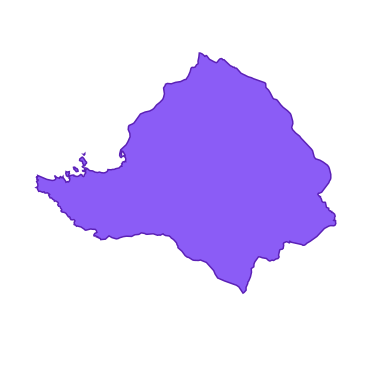 outline of Polewali Mandar, Sulawesi Barat, Indonesia, rotated 147°
{"feature_id": "22746128B50766380968306", "entity_name": "Polewali Mandar", "entity_type": "district", "adm_level": 2, "iso_a3": "IDN", "parent_name": "Indonesia", "parent_adm1": "Sulawesi Barat", "projection": "robinson", "projection_center": [119.26, -3.303], "detail": "fine", "context": "isolated", "style": "filled", "palette": "violet", "viewbox_px": 384, "rotation_deg": 147, "n_neighbors": 0, "source": "geoboundaries", "source_scale": "gbopen_adm2", "svg_char_len": 5994}
<svg xmlns="http://www.w3.org/2000/svg" viewBox="0 0 384 384"><g transform="rotate(147 192 192)"><path d="M110.2,304.6L112.6,301.6L115.7,298.5L116.7,296.6L117.4,296.2L118.9,296.2L121.2,295.1L122.9,295.6L124.0,296.5L124.8,296.5L125.7,296.1L127.9,294.0L131.8,291.4L135.7,289.7L137.1,290.3L141.4,290.8L146.3,293.0L150.4,294.0L153.6,296.5L155.6,296.8L156.1,296.1L159.2,294.7L161.7,289.3L164.4,286.8L166.2,285.6L170.1,284.7L174.3,284.3L178.6,282.8L180.6,282.7L183.5,283.0L187.8,284.6L192.8,285.5L203.0,281.5L204.8,281.5L208.5,282.1L209.6,281.5L211.5,279.1L212.2,275.0L213.9,272.0L218.5,269.0L221.5,267.5L228.8,266.2L231.6,263.6L232.7,262.2L233.0,260.5L232.7,259.5L231.3,259.7L230.4,262.9L229.6,263.1L228.6,264.5L227.8,263.6L228.0,259.7L228.5,258.9L228.3,258.2L229.4,259.6L229.9,259.4L229.1,257.6L229.3,256.3L230.1,254.9L230.9,254.4L231.0,254.0L231.2,254.3L232.0,253.9L232.1,254.3L232.7,254.6L234.1,254.8L235.0,253.9L235.5,253.9L235.4,253.5L235.9,253.0L237.1,252.5L236.8,252.2L236.9,251.8L237.9,252.4L240.2,251.9L243.2,253.1L244.8,253.3L246.5,254.3L247.8,254.7L250.3,256.6L250.7,256.0L252.1,255.4L254.1,255.5L255.7,256.1L257.4,257.5L258.7,259.1L260.7,259.8L262.6,261.6L263.8,263.8L266.2,265.7L267.0,268.7L268.1,270.1L268.7,270.5L269.2,270.6L269.8,269.8L269.7,269.2L270.0,269.1L269.4,268.7L269.9,268.7L269.4,268.4L269.8,268.3L269.5,268.0L269.7,267.7L270.6,268.0L270.2,268.2L270.4,268.5L271.0,268.2L272.1,269.5L272.3,269.1L271.1,267.9L270.4,266.5L270.7,265.9L272.9,265.1L273.7,264.2L274.5,264.0L275.2,264.9L275.0,266.3L275.6,267.3L278.6,267.1L279.5,267.4L280.9,268.3L280.9,268.7L282.2,269.7L281.8,270.3L282.3,270.9L285.3,272.2L285.9,271.8L286.3,271.8L286.6,271.1L287.6,270.8L287.4,269.9L286.7,269.8L287.1,269.7L288.7,268.1L290.0,267.7L290.5,267.9L290.7,268.5L292.4,268.8L292.1,269.9L292.2,274.4L291.8,275.2L293.1,274.6L293.8,275.4L293.6,276.0L293.8,276.5L295.0,276.4L295.7,275.7L297.5,277.9L298.3,280.7L298.7,278.2L298.5,277.9L299.5,277.0L301.1,276.9L303.0,277.8L306.9,281.7L312.4,289.9L312.8,289.1L314.0,289.4L314.4,289.1L314.0,288.4L314.1,288.0L314.9,287.7L315.2,287.0L314.4,285.9L315.2,285.3L316.0,285.7L316.6,285.5L316.9,282.9L317.9,281.1L318.6,280.6L320.3,280.6L319.4,279.5L320.0,278.4L320.2,276.0L319.0,275.4L317.5,273.2L316.0,272.8L316.2,271.7L315.2,270.7L313.6,270.0L313.4,269.7L313.4,268.6L312.8,268.1L312.7,267.5L313.9,267.2L314.2,264.3L313.3,263.8L313.0,263.4L312.8,261.9L312.1,260.5L312.4,259.2L311.7,259.1L311.1,258.5L310.1,256.5L310.2,255.3L311.5,254.5L311.6,254.0L311.6,252.7L310.7,251.9L310.6,251.3L311.0,250.1L310.8,248.9L311.0,247.9L312.2,247.5L312.0,246.1L310.1,244.3L309.3,242.7L309.2,238.7L309.0,238.2L308.4,238.1L308.2,237.8L308.2,236.7L308.7,236.2L308.5,235.6L308.6,234.7L307.5,233.8L306.1,233.2L305.8,232.2L305.9,231.5L307.3,230.8L307.6,229.8L308.5,229.2L308.5,228.6L307.8,227.9L307.5,226.2L306.9,226.1L304.1,223.1L302.7,219.7L302.5,218.6L301.9,217.8L296.9,216.1L296.0,215.1L293.5,213.4L293.2,211.8L293.8,209.9L296.1,210.2L297.7,209.4L298.1,208.7L297.8,208.2L296.9,208.0L296.5,207.1L296.7,206.5L296.1,205.9L295.7,206.0L295.4,205.4L295.7,205.1L294.2,202.8L294.5,201.8L290.3,199.6L285.5,200.4L284.0,197.4L281.0,193.9L279.4,193.2L277.5,193.0L273.8,191.9L271.0,190.6L266.8,187.6L263.3,187.3L259.7,185.4L256.7,185.3L254.1,182.8L253.8,182.0L252.9,181.1L247.3,178.1L244.5,174.5L242.8,173.8L242.3,173.1L239.1,172.7L238.9,171.7L237.9,169.9L235.1,167.6L234.6,166.3L234.4,164.4L233.9,163.6L233.2,161.3L232.7,157.8L233.3,155.8L233.2,154.5L234.1,152.9L232.7,147.8L232.4,142.4L231.5,140.0L230.4,138.9L228.5,134.7L227.5,133.6L223.8,131.0L222.0,130.4L218.3,125.1L216.6,114.3L217.3,110.4L217.3,105.9L213.1,99.6L205.5,89.6L204.4,86.9L204.3,79.4L203.0,79.4L200.1,80.2L198.6,82.6L195.3,84.7L194.2,86.0L192.7,86.6L189.2,89.0L185.8,92.3L184.0,95.5L180.9,95.6L179.2,97.9L177.3,99.2L171.6,101.4L170.4,100.6L168.9,98.6L165.8,95.7L165.3,93.5L164.6,92.0L164.0,91.6L162.8,91.5L161.8,91.1L160.8,90.1L158.2,90.1L156.2,89.4L154.8,89.8L154.3,90.2L153.8,91.9L150.0,95.6L149.0,95.6L147.6,94.9L146.2,95.1L144.1,97.4L143.6,98.8L142.8,99.3L140.0,99.0L138.7,97.5L138.2,96.4L137.9,96.3L136.9,97.4L136.3,96.7L136.3,96.0L128.6,88.2L128.0,86.9L127.0,86.3L125.5,86.1L123.6,86.5L119.9,86.3L111.5,86.7L100.8,89.3L95.9,88.9L94.0,88.3L91.4,86.4L90.0,86.3L88.5,87.3L88.0,88.6L87.2,89.7L87.5,90.3L88.4,90.6L88.6,91.1L87.3,91.3L86.3,93.0L85.1,93.7L84.5,95.8L85.2,98.3L85.9,98.8L85.5,99.6L86.2,100.1L86.3,101.0L86.8,101.3L87.0,102.8L86.2,103.9L87.6,105.9L85.8,110.6L86.0,111.0L87.6,111.9L88.0,112.9L88.0,113.8L87.4,115.4L87.2,117.5L86.8,118.2L87.6,118.6L87.4,119.4L87.7,119.8L87.7,121.6L86.6,122.1L85.8,121.6L83.4,121.2L72.3,125.2L70.2,126.7L69.3,126.9L68.0,128.1L66.0,131.2L64.1,136.7L63.7,138.6L63.8,140.7L65.7,145.7L67.4,149.0L70.3,152.6L70.4,154.9L68.4,161.0L68.5,163.1L71.2,177.7L71.3,180.1L73.0,185.2L73.7,189.5L73.2,191.9L70.2,194.4L69.0,196.5L67.1,202.4L66.8,204.2L67.6,208.0L69.5,213.5L70.1,216.9L70.5,222.5L70.9,223.5L72.9,225.7L73.0,227.0L72.4,232.5L72.3,235.8L73.1,239.4L71.2,242.7L71.4,244.0L78.7,253.5L79.9,255.5L82.1,258.0L86.2,264.9L87.2,271.5L88.5,272.7L88.6,273.7L89.7,274.4L90.1,275.6L91.1,277.1L93.1,285.5L94.2,286.2L94.2,287.2L94.8,288.0L96.2,288.4L98.0,288.0L99.8,287.2L101.2,287.2L102.3,288.7L105.1,293.8L105.5,298.4L105.9,298.8L107.2,298.6L107.5,298.9L107.4,299.3L108.2,302.1L109.3,303.9L110.2,304.6ZM267.9,272.5L266.9,272.8L266.4,273.4L264.9,273.5L264.2,274.4L264.5,275.7L264.5,279.0L264.8,280.8L265.2,281.1L268.2,280.8L269.1,279.7L268.9,279.1L267.3,277.4L268.0,275.7L268.1,274.1L268.4,273.7L268.4,273.2L267.9,272.5ZM288.4,274.0L287.9,272.7L286.7,272.5L286.0,273.8L284.8,274.1L284.5,275.1L283.8,275.9L286.0,276.8L286.5,277.7L287.7,276.4L288.4,274.0ZM276.3,271.4L275.7,272.5L275.7,274.2L276.5,275.3L276.8,276.7L277.9,277.3L278.2,276.9L278.3,275.4L278.6,275.2L278.2,274.2L278.0,272.1L276.3,271.4ZM262.3,282.2L262.9,281.5L261.3,282.1L261.0,282.6L261.9,282.3L262.5,282.7L262.3,282.2ZM270.2,272.5L269.7,271.9L269.8,273.1L270.1,273.1L270.2,272.5Z" fill="#8b5cf6" stroke="#5b21b6" stroke-width="1.5"/></g></svg>